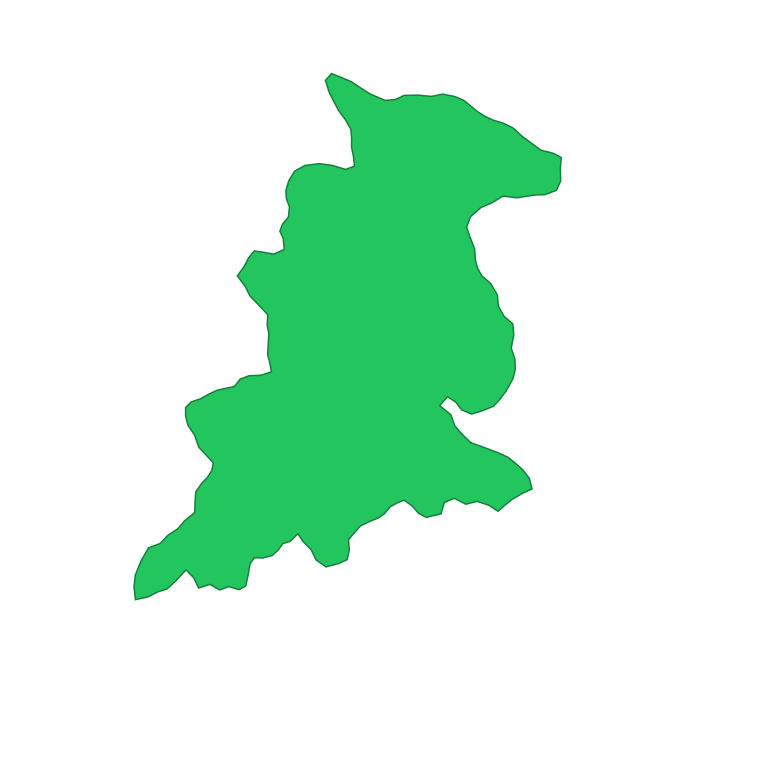 Santana da Vargem, Minas Gerais, Brazil (Robinson projection), rotated 112°
{"feature_id": "56859067B34878653827623", "entity_name": "Santana da Vargem", "entity_type": "district", "adm_level": 2, "iso_a3": "BRA", "parent_name": "Brazil", "parent_adm1": "Minas Gerais", "projection": "robinson", "projection_center": [-45.501, -21.259], "detail": "fine", "context": "isolated", "style": "filled", "palette": "green", "viewbox_px": 768, "rotation_deg": 112, "n_neighbors": 0, "source": "geoboundaries", "source_scale": "gbopen_adm2", "svg_char_len": 2489}
<svg xmlns="http://www.w3.org/2000/svg" viewBox="0 0 768 768"><g transform="rotate(112 384 384)"><path d="M107.6,304.5L106.7,313.3L108.4,326.0L105.6,337.1L102.8,348.0L98.3,360.2L97.5,371.1L98.5,382.0L98.0,390.8L96.4,399.6L93.7,407.8L91.2,416.0L90.9,425.9L93.2,438.1L99.6,447.7L103.3,460.3L108.9,473.5L116.0,480.0L120.6,489.1L120.3,505.4L118.0,517.7L116.0,527.4L115.8,536.9L115.8,548.9L124.4,552.1L134.3,543.9L141.9,535.1L147.3,528.7L153.3,519.0L160.2,510.2L168.8,505.8L176.4,502.9L184.6,497.5L193.2,492.9L199.5,500.2L200.6,513.5L203.9,526.5L211.0,539.2L220.1,546.6L231.3,548.4L241.2,547.5L248.8,543.9L255.2,538.0L265.1,535.1L273.9,538.0L281.3,537.8L286.9,531.9L296.5,526.9L304.9,534.8L306.8,544.2L309.2,554.1L317.6,556.8L327.5,557.7L338.7,560.5L345.5,549.3L352.6,541.2L357.3,530.6L363.3,517.7L372.9,514.5L380.8,509.5L391.8,505.8L400.4,502.9L407.0,497.9L414.9,492.9L422.1,501.6L426.9,512.2L433.4,519.2L442.5,521.9L447.3,529.2L452.0,536.0L458.8,542.5L466.4,548.5L473.0,556.2L480.2,559.1L488.2,555.9L495.7,550.3L502.2,540.7L512.1,531.9L517.2,520.8L521.2,512.6L528.7,511.3L536.7,512.7L544.3,515.8L554.7,518.1L564.6,514.9L574.1,511.3L585.5,517.6L595.5,521.0L605.5,527.8L615.8,531.9L624.1,541.0L639.3,543.0L654.3,543.0L665.7,539.8L677.1,533.7L669.8,523.1L661.6,516.0L655.3,508.4L644.9,503.4L630.5,497.9L635.0,487.8L642.6,479.4L635.0,470.3L636.5,459.2L629.9,451.9L629.0,441.5L623.1,436.5L611.1,438.6L600.7,440.9L593.6,439.1L590.8,431.3L584.9,423.4L577.3,419.8L569.8,418.0L564.9,411.9L555.0,407.8L560.1,400.5L565.0,389.4L572.5,381.3L575.3,369.3L567.3,358.6L560.6,352.3L550.7,354.1L541.6,358.6L533.6,355.9L524.4,352.7L517.2,346.2L510.1,338.9L503.7,334.8L495.7,332.4L489.5,327.4L484.2,321.9L486.5,312.2L491.0,303.4L491.8,294.8L483.0,282.5L471.2,283.7L463.6,275.9L464.8,263.1L458.0,253.8L457.1,241.5L459.3,230.6L452.4,227.2L443.1,222.1L433.7,214.8L425.8,207.5L417.0,213.9L411.4,223.6L408.6,231.5L405.5,241.5L405.0,251.5L405.2,260.8L405.5,270.5L405.9,281.6L401.0,293.4L396.3,302.7L387.5,310.4L383.2,324.2L372.0,320.4L374.0,310.4L378.8,302.7L379.1,291.6L371.7,282.5L363.6,274.2L355.4,271.0L345.0,268.2L330.8,266.4L321.2,267.8L312.0,271.9L302.9,279.6L290.2,281.9L280.1,287.0L276.2,298.1L268.9,307.2L259.0,312.2L250.8,322.8L247.2,333.5L241.5,340.8L234.4,345.9L224.9,350.5L215.8,359.1L207.7,366.1L196.6,366.5L184.0,360.2L175.9,352.1L165.2,344.1L161.5,330.3L156.4,322.0L151.6,313.6L148.2,305.8L139.7,296.6L129.4,296.3L117.8,301.3L107.6,304.5Z" fill="#22c55e" stroke="#15803d" stroke-width="1.5"/></g></svg>